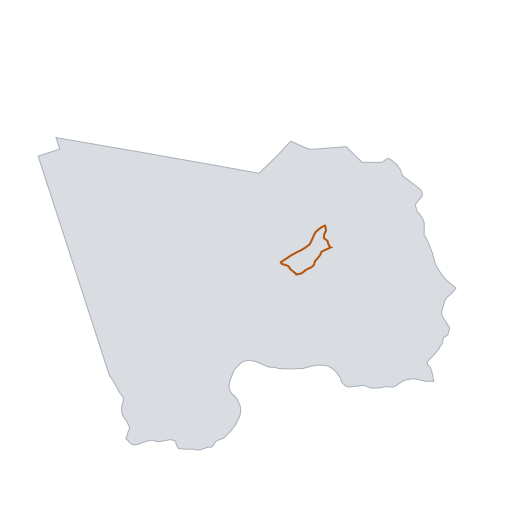 where Sabha sits in Libya, rotated 162°
{"feature_id": "LBY-2971", "entity_name": "Sabha", "entity_type": "Municipality", "adm_level": 1, "iso_a3": "LBY", "parent_name": "Libya", "parent_adm1": "", "projection": "mercator", "projection_center": [14.98, 26.993], "detail": "fine", "context": "in_parent", "style": "outline", "palette": "amber", "viewbox_px": 512, "rotation_deg": 162, "n_neighbors": 0, "source": "natural_earth", "source_scale": "10m", "svg_char_len": 3789}
<svg xmlns="http://www.w3.org/2000/svg" viewBox="0 0 512 512"><g transform="rotate(162 256 256)"><path d="M80.5,160.6L83.2,159.2L87.1,157.7L89.1,156.5L89.9,155.5L92.8,151.4L94.3,149.1L96.4,146.0L97.3,143.8L97.3,141.8L97.0,139.4L95.4,133.6L94.1,127.9L95.1,125.7L95.9,124.7L97.7,122.0L98.4,121.5L102.3,120.6L103.8,118.9L105.0,116.6L105.3,115.5L107.0,114.2L109.0,113.0L110.3,111.4L114.3,108.9L118.1,106.7L122.4,104.3L125.7,102.4L126.4,100.8L126.4,99.4L124.6,96.3L124.6,92.5L124.7,89.4L124.9,87.5L125.7,82.4L125.7,81.6L129.2,83.4L132.7,84.0L143.4,90.4L146.7,91.2L154.1,92.0L162.9,89.4L166.2,88.9L171.9,91.3L174.5,92.0L178.7,92.2L186.0,94.4L187.9,95.2L192.1,98.8L194.2,99.8L209.3,103.0L211.3,105.2L213.4,109.3L213.5,114.3L214.7,118.0L216.5,122.8L218.8,126.1L221.3,128.9L224.2,130.6L230.8,133.2L238.3,134.2L245.8,134.5L258.7,138.1L269.7,142.2L272.4,144.2L277.8,146.2L288.8,155.7L294.8,159.0L299.1,159.7L302.9,159.1L309.7,155.8L312.5,153.8L319.3,145.5L321.6,141.2L322.5,138.2L322.2,135.1L321.4,132.3L319.5,129.3L318.1,125.4L317.3,118.5L318.4,113.6L319.7,110.7L321.8,107.7L327.5,102.0L333.2,97.9L343.2,92.7L349.0,92.6L351.4,92.0L356.2,88.3L358.2,88.1L360.9,89.1L368.8,88.8L372.3,89.8L376.4,92.2L381.7,93.6L385.4,95.1L389.3,96.9L390.2,101.5L389.8,102.9L389.7,104.7L393.8,107.8L405.4,109.3L407.7,110.1L410.9,112.6L413.0,113.3L421.0,113.7L425.6,113.1L430.0,114.0L431.7,114.8L433.4,116.7L435.4,121.3L436.2,122.8L435.3,123.6L434.1,125.1L433.3,126.6L431.2,128.9L429.4,131.3L429.6,135.0L430.0,138.6L431.2,142.2L432.2,146.2L431.9,148.8L431.0,152.0L430.0,154.6L426.6,160.1L426.0,161.4L426.2,163.2L428.3,169.7L428.5,171.7L429.7,177.9L430.9,183.0L432.2,187.0L432.3,188.1L432.3,193.9L432.3,199.7L432.3,205.6L432.3,211.4L432.3,217.2L432.3,223.0L432.3,228.7L432.3,234.5L432.3,240.2L432.3,246.0L432.3,251.7L432.3,257.4L432.3,263.1L432.3,268.8L432.3,274.5L432.3,280.2L432.3,285.8L432.3,291.5L432.3,297.1L432.3,302.7L432.3,308.4L432.3,314.0L432.3,319.6L432.3,325.2L432.3,330.7L432.3,336.3L432.3,341.9L432.3,347.4L432.3,353.0L432.3,358.5L432.3,364.0L432.3,369.5L432.3,381.7L432.3,393.9L432.3,406.0L432.3,418.1L432.2,418.2L432.1,418.3L426.4,418.3L420.8,418.3L415.2,418.3L409.6,418.3L409.6,421.3L409.6,424.3L409.6,427.3L409.6,430.4L398.7,424.6L387.8,418.9L376.9,413.2L366.0,407.4L355.1,401.7L344.2,395.9L333.3,390.2L322.4,384.4L311.5,378.6L300.6,372.8L289.7,367.0L278.8,361.2L267.9,355.4L257.0,349.5L246.1,343.7L235.2,337.8L227.6,333.8L219.5,337.7L213.2,340.8L204.8,344.9L195.1,350.2L187.7,354.2L187.4,354.2L187.1,354.1L179.4,347.2L173.4,341.9L170.7,340.4L159.4,337.6L148.1,334.9L136.3,332.0L134.1,327.6L131.7,322.7L128.4,316.5L126.4,312.7L125.8,312.2L116.7,309.2L107.1,306.2L101.5,308.0L100.5,307.9L98.9,306.8L97.3,305.2L96.4,303.1L94.2,300.3L92.1,293.7L91.9,288.5L91.5,286.6L86.5,279.3L81.9,272.6L78.9,268.1L78.3,266.1L78.7,263.6L79.9,261.3L84.3,258.7L88.3,255.8L88.8,253.8L89.1,248.2L87.8,246.5L86.8,243.2L85.8,238.7L85.7,235.9L87.5,230.2L89.6,224.2L88.2,217.6L87.3,204.2L87.9,193.7L87.4,189.8L87.0,188.2L85.7,183.2L84.0,178.0L83.3,176.2L81.1,172.0L77.6,166.8L75.8,163.6L78.3,161.9L80.5,160.6Z" fill="#d9dde1" stroke="#a8b0b8" stroke-width="1"/><path d="M223.4,225.9L223.3,226.6L225.0,229.1L227.2,232.4L227.8,234.5L228.5,236.5L229.4,237.4L230.9,238.3L232.4,239.6L233.9,240.5L234.4,242.2L234.4,242.4L222.6,245.7L220.2,246.2L215.9,247.0L211.6,247.5L207.5,248.5L204.7,249.3L201.3,250.5L199.4,252.5L197.1,254.9L194.7,257.6L192.2,260.2L188.1,262.0L185.5,263.0L181.0,263.6L181.0,261.0L181.9,258.1L184.4,255.6L185.8,252.7L185.6,251.3L184.3,249.9L183.3,248.0L183.5,244.7L183.0,242.0L182.1,241.1L189.7,240.2L192.1,239.9L193.5,238.7L194.4,237.3L196.6,235.8L199.0,234.3L201.8,232.6L203.5,229.7L206.8,228.2L209.2,227.9L213.3,227.3L214.7,226.6L218.1,225.4L223.4,225.9Z" fill="none" stroke="#b45309" stroke-width="2"/></g></svg>